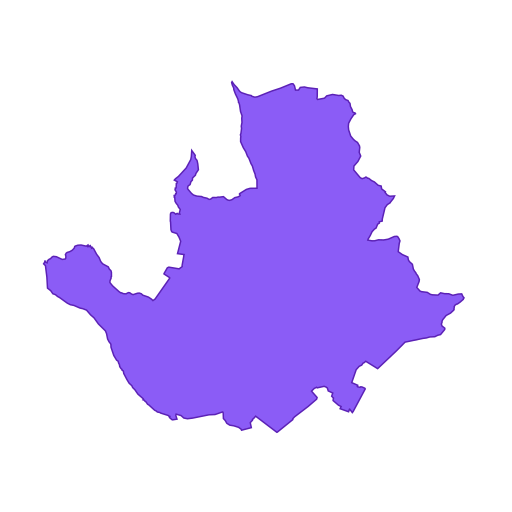 Babadag, Tulcea, Romania, rotated 185°
{"feature_id": "2599482B29104749782755", "entity_name": "Babadag", "entity_type": "district", "adm_level": 2, "iso_a3": "ROU", "parent_name": "Romania", "parent_adm1": "Tulcea", "projection": "natural_earth1", "projection_center": [28.737, 44.879], "detail": "fine", "context": "isolated", "style": "filled", "palette": "violet", "viewbox_px": 512, "rotation_deg": 185, "n_neighbors": 0, "source": "geoboundaries", "source_scale": "gbopen_adm2", "svg_char_len": 6076}
<svg xmlns="http://www.w3.org/2000/svg" viewBox="0 0 512 512"><g transform="rotate(185 256 256)"><path d="M295.0,427.6L295.4,426.7L294.5,424.2L292.9,421.5L292.6,419.8L290.6,415.6L287.8,410.9L286.9,408.4L286.8,407.4L286.2,406.9L285.5,405.0L284.0,398.6L282.1,394.4L282.2,391.9L281.6,387.8L282.0,384.0L281.5,381.9L281.7,376.7L282.1,375.4L281.5,373.6L281.6,372.3L281.3,368.6L278.1,362.8L275.3,359.0L273.2,354.7L271.6,352.8L269.0,347.5L267.5,345.4L265.8,341.0L264.1,337.6L263.3,334.7L261.7,332.0L260.9,323.6L267.8,322.9L271.4,321.5L277.5,316.9L277.9,316.3L277.0,315.0L277.4,314.4L279.1,313.3L282.2,312.3L284.9,310.0L287.1,309.1L288.6,309.2L290.0,309.7L293.6,312.3L297.7,311.4L298.9,311.4L300.6,310.8L304.2,310.5L306.3,308.6L307.7,308.3L309.8,309.3L313.6,309.8L315.4,310.5L320.1,310.5L323.6,311.3L325.8,312.8L330.0,317.0L330.0,319.1L329.6,320.0L327.9,321.4L327.3,324.4L326.0,326.0L326.0,328.2L323.4,331.2L323.1,332.9L320.9,336.9L322.0,342.6L322.9,345.6L323.4,346.5L324.6,347.6L325.2,348.7L325.5,350.1L325.3,351.0L329.2,355.5L329.1,349.4L329.4,346.4L333.2,337.6L340.2,328.5L343.0,325.9L344.0,324.5L340.8,323.1L341.3,321.3L341.7,321.2L341.5,317.4L341.9,316.4L342.3,316.5L342.4,314.8L340.9,312.8L340.9,311.1L341.5,311.0L342.0,309.2L342.8,309.1L342.5,307.4L342.1,307.4L341.4,303.4L340.0,301.4L338.3,299.7L337.7,298.2L335.5,295.7L336.1,292.4L335.5,291.1L337.4,291.1L338.3,291.6L339.6,290.6L341.6,292.0L342.7,292.2L344.3,291.8L344.9,290.4L344.4,283.2L344.1,282.6L343.0,274.7L342.1,272.9L341.4,272.5L336.8,271.5L334.3,268.0L332.3,264.1L334.4,251.5L327.9,251.2L328.1,250.8L327.9,250.2L328.0,248.8L328.8,240.2L328.6,239.0L331.5,236.5L341.9,237.3L343.3,236.5L346.1,230.5L346.1,230.1L340.3,227.0L340.0,226.6L340.2,226.1L352.8,204.3L354.8,202.6L356.3,203.9L359.6,205.7L365.3,207.1L367.0,208.4L369.0,208.9L370.8,208.6L375.1,206.8L376.8,207.3L378.6,208.4L380.0,208.4L382.2,207.0L383.6,206.9L385.2,207.0L386.6,207.6L387.5,207.5L389.4,208.6L396.3,213.8L399.2,216.8L399.3,218.5L398.4,221.4L398.6,222.5L398.2,223.0L398.6,227.1L399.2,228.7L401.0,230.2L402.2,232.3L407.8,234.7L409.3,236.0L410.3,237.2L412.2,240.8L414.9,243.8L418.3,249.0L419.5,249.9L420.3,249.5L420.0,251.1L420.5,250.4L422.1,250.8L421.9,251.9L422.3,252.5L422.2,251.9L422.7,251.1L424.4,250.6L424.6,250.9L424.1,252.0L424.3,252.4L425.9,251.0L431.2,251.7L434.5,251.2L437.0,250.1L437.4,249.7L437.8,247.9L439.6,245.7L441.9,244.1L444.4,243.1L445.3,242.3L446.0,240.7L445.4,239.3L445.3,237.3L445.9,236.3L448.8,235.7L454.8,237.9L457.9,238.0L459.2,237.1L460.5,235.4L461.7,234.8L462.9,233.6L463.3,232.8L463.5,231.0L465.6,231.7L465.4,232.5L465.9,232.5L465.9,231.6L466.9,229.7L464.9,228.0L462.5,216.8L460.9,205.8L457.4,203.5L455.1,200.7L452.4,200.0L450.2,198.4L448.1,197.5L439.9,192.6L436.7,191.3L433.1,190.9L426.8,188.8L423.8,188.4L420.1,187.3L415.6,182.9L412.0,180.3L407.1,174.6L399.5,168.3L398.1,165.6L396.6,160.4L394.9,157.7L393.1,155.8L392.8,155.0L392.5,152.5L389.0,144.5L385.8,140.1L384.2,139.2L383.6,137.5L382.6,135.9L382.1,133.9L380.6,132.0L379.7,131.4L379.6,130.7L378.1,129.8L377.5,127.4L373.9,121.8L371.3,118.2L368.4,116.0L367.4,114.2L365.0,112.2L361.6,108.1L355.8,103.9L355.7,103.3L356.0,102.9L354.6,102.5L353.9,101.6L352.9,101.1L351.1,98.9L349.8,98.3L343.5,93.5L341.9,92.9L340.7,92.0L338.1,91.7L337.3,91.2L329.6,89.5L328.9,88.9L327.9,88.7L328.3,88.0L327.9,87.4L325.6,85.7L324.8,85.5L320.5,86.6L322.0,90.1L321.8,91.5L316.7,90.5L313.8,88.3L310.1,87.9L305.0,89.0L289.0,93.7L283.0,94.5L275.8,97.7L275.4,97.6L275.0,96.7L274.3,91.2L272.3,89.4L270.5,86.8L267.4,85.2L263.3,84.9L258.4,83.8L255.9,82.3L255.2,81.2L245.7,84.6L247.2,89.5L245.2,92.1L245.3,92.9L244.3,93.8L242.4,96.4L219.9,82.2L219.4,82.4L205.2,96.1L205.0,96.6L205.1,97.2L203.5,99.2L190.9,110.7L183.1,118.7L182.8,120.4L188.9,126.2L186.5,129.1L184.2,130.5L183.5,130.0L176.8,132.1L174.9,131.6L173.4,130.7L172.3,127.9L167.6,126.2L168.4,122.9L166.4,121.2L166.6,120.6L166.6,118.7L160.9,114.6L158.1,113.5L158.9,111.2L150.2,108.9L149.5,111.6L149.3,111.6L146.4,108.4L145.6,109.7L135.6,133.1L136.1,133.8L139.1,134.8L140.4,134.8L140.9,134.2L143.5,134.6L143.7,134.8L143.4,136.1L149.6,138.2L146.3,151.5L143.6,155.1L141.2,156.5L140.1,158.5L138.8,159.3L137.5,160.7L125.0,154.4L107.8,173.8L100.0,183.2L82.4,188.5L79.2,189.2L75.8,190.5L70.8,191.2L68.0,192.9L65.3,193.8L61.6,199.2L61.6,200.5L64.7,202.6L65.4,204.4L64.9,206.1L65.0,207.1L64.5,208.7L61.4,213.3L57.2,216.1L54.4,219.2L54.0,219.8L54.3,220.5L54.0,221.6L54.2,222.7L53.5,224.3L52.1,225.5L51.2,225.7L48.7,227.8L45.7,230.9L45.7,231.5L45.1,232.4L46.4,233.8L47.8,236.2L51.3,235.7L56.5,234.0L60.7,235.2L64.8,234.9L68.9,235.4L71.3,232.9L77.0,232.7L78.9,233.0L82.2,234.7L88.0,234.9L89.6,235.4L93.1,238.7L91.3,244.8L91.2,246.8L93.2,250.5L94.9,252.3L95.3,253.2L96.8,254.8L98.1,256.7L99.5,261.4L102.7,263.8L103.9,265.5L104.6,268.2L110.4,270.2L114.7,272.7L114.4,281.0L113.9,283.6L115.1,285.8L116.6,287.7L117.5,287.9L119.9,287.5L125.7,284.3L130.2,283.1L135.4,282.8L139.1,281.5L141.8,281.2L146.0,281.6L145.8,282.6L144.0,286.3L142.5,290.3L140.4,293.1L138.8,294.3L137.6,298.3L136.0,299.5L136.2,300.8L133.3,301.8L133.4,303.9L131.7,315.3L129.7,318.6L126.9,320.8L126.8,321.3L124.2,325.2L123.2,327.9L128.0,327.2L130.8,328.3L133.0,330.7L132.7,331.3L136.7,333.8L137.4,336.6L140.5,337.1L144.5,340.1L147.4,341.2L150.5,343.2L151.6,343.2L152.8,344.1L153.5,344.2L154.6,343.3L157.0,342.3L159.0,343.1L166.2,350.3L166.3,354.1L162.7,359.1L160.4,364.7L162.2,368.2L162.1,373.1L162.5,374.7L164.8,378.0L167.1,379.2L169.1,380.7L172.1,383.7L174.7,389.7L175.3,393.0L175.3,396.3L173.4,400.9L171.0,405.2L169.3,406.4L169.9,407.2L171.4,407.4L172.3,408.1L173.0,410.1L174.9,413.1L175.7,416.3L176.7,417.1L177.9,418.9L180.1,419.5L181.8,420.7L183.2,422.9L185.1,423.6L187.6,423.1L193.8,423.6L199.5,421.7L201.5,419.2L208.3,417.3L209.0,418.0L208.9,420.3L209.5,427.8L219.1,428.1L222.5,428.6L226.6,427.8L228.1,425.0L231.1,424.7L232.5,428.9L234.0,430.7L234.6,430.8L236.0,430.6L246.3,425.3L254.9,421.6L268.4,414.8L271.0,414.1L274.1,414.8L274.6,415.4L278.3,415.9L284.5,417.4L285.8,418.0L287.0,419.0L289.5,422.0L292.7,424.8L295.0,427.6Z" fill="#8b5cf6" stroke="#5b21b6" stroke-width="1.5"/></g></svg>